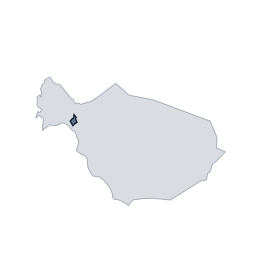 Bagaroua, Tahoua, Niger shown in context, rotated 53°
{"feature_id": "23599985B53990886897515", "entity_name": "Bagaroua", "entity_type": "district", "adm_level": 2, "iso_a3": "NER", "parent_name": "Niger", "parent_adm1": "Tahoua", "projection": "mercator", "projection_center": [4.649, 14.377], "detail": "fine", "context": "in_parent", "style": "filled", "palette": "slate", "viewbox_px": 256, "rotation_deg": 53, "n_neighbors": 0, "source": "geoboundaries", "source_scale": "gbopen_adm2", "svg_char_len": 3383}
<svg xmlns="http://www.w3.org/2000/svg" viewBox="0 0 256 256"><g transform="rotate(53 128 128)"><path d="M190.1,174.6L188.1,174.6L187.0,175.0L185.5,176.1L183.9,176.5L181.9,177.5L180.6,178.3L179.5,178.9L177.8,180.5L177.3,181.6L175.7,181.9L173.4,181.7L172.0,180.5L168.7,179.3L166.5,178.8L165.5,178.6L160.5,178.4L155.0,178.9L152.3,179.5L151.8,179.6L150.2,180.3L148.9,181.1L145.4,184.9L140.8,184.8L138.0,184.3L135.7,183.8L132.4,182.0L128.4,179.3L126.8,179.0L125.4,178.8L124.9,178.8L120.1,181.5L119.2,181.4L118.0,181.7L117.3,182.4L116.7,182.7L116.1,182.8L115.4,182.6L114.6,182.2L113.9,181.5L111.9,178.5L111.5,178.0L110.6,177.1L109.2,175.7L108.2,175.1L107.6,174.9L106.9,175.1L103.1,173.9L99.2,172.6L98.3,172.8L97.7,173.1L96.4,174.0L94.8,174.1L92.8,174.1L91.7,173.9L89.9,174.3L88.7,174.6L87.2,175.2L85.2,176.9L84.6,177.1L84.1,177.4L83.4,182.1L82.9,183.5L81.9,185.3L79.9,187.0L78.5,188.1L78.5,189.5L78.4,191.9L78.3,193.5L78.4,194.5L78.2,195.0L78.1,195.5L78.2,196.2L78.5,196.5L78.7,196.9L78.6,197.3L77.9,197.7L77.2,196.6L76.3,195.9L75.3,195.6L74.6,195.0L74.2,194.3L72.9,192.8L69.9,190.0L69.6,189.9L69.1,189.8L68.2,190.1L67.7,190.6L67.3,190.8L66.7,190.8L65.3,191.2L64.1,191.6L64.1,192.0L64.7,194.2L64.4,195.4L63.9,194.8L62.2,192.6L61.1,191.0L60.9,190.6L60.7,190.1L60.8,189.8L61.3,189.7L62.3,189.4L62.5,189.3L62.6,188.8L62.4,188.0L61.8,186.9L61.2,186.1L60.9,186.0L60.2,186.0L59.5,186.1L58.3,187.0L57.7,187.1L56.3,187.1L55.2,186.9L54.4,186.4L52.3,184.6L49.9,182.7L48.9,182.4L48.7,182.2L48.5,180.7L48.6,179.0L48.7,178.5L49.7,178.8L50.7,178.9L51.1,178.6L50.2,178.0L49.0,177.3L48.6,176.3L48.2,176.0L47.7,175.7L47.1,175.5L46.4,175.2L46.0,174.9L45.3,174.8L44.5,174.6L43.5,173.0L42.4,171.5L41.8,170.3L41.6,169.6L41.9,168.3L41.6,167.8L40.4,166.6L39.5,165.4L39.7,163.6L39.9,162.1L39.9,161.2L40.1,160.6L40.2,160.0L40.8,159.8L42.5,159.8L45.7,160.1L48.2,159.8L48.4,159.7L50.2,158.1L52.2,156.4L55.2,156.3L58.5,156.1L61.0,156.0L64.8,155.9L67.8,155.8L71.3,155.6L71.4,154.9L71.6,154.7L71.9,154.6L74.5,155.1L76.9,155.5L77.1,154.0L79.2,152.1L80.4,151.8L80.7,151.4L81.1,150.8L81.3,149.9L81.4,149.2L81.9,148.6L82.2,147.5L82.6,145.7L83.8,143.8L84.5,141.2L84.6,138.6L84.7,136.7L85.1,136.3L85.1,132.9L85.1,129.4L85.1,126.5L85.0,122.9L85.0,119.7L85.0,116.2L85.0,113.1L85.0,111.0L87.4,110.5L90.0,110.0L93.7,109.2L97.7,108.4L102.0,107.5L103.0,107.0L106.3,104.0L107.8,102.6L110.8,99.9L113.1,97.8L116.0,95.2L119.0,92.5L121.5,90.4L125.3,87.9L131.1,84.3L136.9,80.6L142.7,76.9L148.5,73.2L154.4,69.5L160.2,65.8L166.0,62.1L171.8,58.3L177.6,59.8L183.1,61.1L188.7,62.5L190.0,63.2L193.0,65.9L196.8,69.2L197.0,69.3L200.8,67.3L205.5,64.7L206.7,71.7L207.7,77.7L207.7,81.6L207.8,82.5L208.2,83.2L209.0,83.9L212.6,89.4L211.8,90.3L212.3,92.0L213.2,92.8L216.2,96.0L216.5,96.7L216.4,97.2L214.3,101.0L214.0,102.0L213.6,106.8L213.3,110.2L212.9,114.9L212.4,120.5L212.0,125.3L211.5,131.5L211.1,137.3L208.1,140.6L202.9,146.3L198.7,150.9L196.5,154.0L192.4,160.0L190.5,163.9L189.1,165.9L188.4,166.8L189.0,169.6L190.1,174.6Z" fill="#d9dde1" stroke="#a8b0b8" stroke-width="1"/><path d="M87.7,170.0L88.9,170.1L90.6,170.3L92.9,170.6L92.8,169.6L92.8,169.1L92.4,168.7L92.3,168.2L92.3,167.8L92.7,167.4L92.8,167.1L92.6,166.9L92.6,166.4L92.6,165.9L92.6,165.3L92.3,165.4L89.1,164.3L88.1,163.0L84.9,163.1L85.3,163.7L85.6,163.8L86.5,164.3L87.4,166.1L87.2,166.7L87.2,168.1L87.5,168.6L87.7,170.0Z" fill="#64748b" stroke="#1e293b" stroke-width="1.5"/></g></svg>